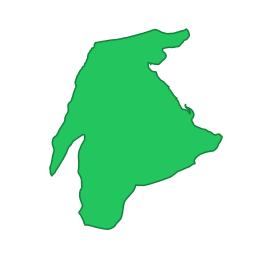 Poplaca, Sibiu, Romania (Natural Earth projection), rotated 343°
{"feature_id": "2599482B54964729595352", "entity_name": "Poplaca", "entity_type": "district", "adm_level": 2, "iso_a3": "ROU", "parent_name": "Romania", "parent_adm1": "Sibiu", "projection": "natural_earth1", "projection_center": [23.913, 45.648], "detail": "fine", "context": "isolated", "style": "filled", "palette": "green", "viewbox_px": 256, "rotation_deg": 343, "n_neighbors": 0, "source": "geoboundaries", "source_scale": "gbopen_adm2", "svg_char_len": 5743}
<svg xmlns="http://www.w3.org/2000/svg" viewBox="0 0 256 256"><g transform="rotate(343 128 128)"><path d="M58.7,208.4L60.0,208.6L61.1,209.0L65.5,211.5L67.1,212.7L71.6,215.3L75.5,217.4L78.8,218.8L79.6,219.0L82.1,219.1L84.5,218.7L85.8,218.3L87.1,217.5L88.3,216.5L89.5,215.7L91.5,214.6L93.6,213.3L94.8,212.4L95.7,211.3L96.7,209.5L98.1,207.3L98.9,205.3L101.3,200.3L103.2,197.4L105.1,195.8L107.3,194.4L114.8,189.7L115.2,189.4L118.0,186.1L118.3,185.3L119.1,184.7L119.8,185.0L120.1,185.4L120.6,185.8L123.6,186.6L126.5,187.6L131.8,187.9L143.4,187.8L153.0,187.3L155.2,187.0L161.0,184.9L162.2,184.3L163.7,184.0L167.0,183.8L172.5,183.1L175.0,183.0L178.5,181.9L180.2,181.6L181.6,181.6L181.7,181.3L181.8,180.4L181.7,179.1L181.9,178.4L182.3,177.8L183.7,176.6L185.3,175.7L186.8,175.0L189.5,174.3L193.9,173.9L197.2,174.0L198.9,174.2L200.5,174.4L202.0,174.7L203.1,174.8L204.1,174.6L206.7,173.3L207.5,172.7L208.7,171.4L209.8,170.0L210.6,169.3L211.3,168.8L212.8,167.5L214.3,165.7L215.2,164.4L215.4,163.8L215.3,163.4L214.9,162.9L214.7,162.7L214.3,162.2L214.0,161.8L214.0,161.1L213.8,160.8L213.3,160.4L211.7,160.2L210.6,160.1L209.6,160.1L209.0,160.0L208.5,159.7L208.0,159.1L207.4,158.2L206.5,156.9L205.8,156.1L204.3,155.1L203.0,153.8L202.5,153.1L201.5,152.0L201.0,151.7L200.6,151.5L199.9,151.3L199.3,151.0L197.9,150.0L196.0,148.3L194.7,147.4L193.6,146.4L192.4,145.1L191.9,144.4L191.7,143.3L191.6,141.7L191.1,140.0L191.3,139.1L191.7,138.2L192.4,137.4L193.2,137.0L194.4,135.5L195.1,133.8L194.8,130.9L194.1,129.2L193.6,128.5L192.2,126.9L191.2,126.1L190.2,125.3L189.9,124.8L189.6,124.2L189.5,123.5L189.9,122.7L189.8,122.4L189.6,122.5L189.5,122.8L189.2,123.5L189.2,124.5L189.3,125.1L189.6,125.7L191.6,128.3L192.0,129.8L192.1,130.5L191.8,131.7L191.6,132.3L191.3,132.4L191.0,132.3L190.8,132.2L190.8,131.9L191.0,131.7L191.0,131.3L190.9,130.7L190.7,129.9L189.5,128.4L188.8,127.8L187.5,126.9L185.6,126.0L185.2,125.4L185.1,125.2L184.9,124.2L184.7,123.5L184.5,122.4L183.9,120.5L183.9,119.7L183.9,118.1L183.6,116.3L183.1,115.4L182.9,114.8L182.5,114.4L183.4,113.7L182.5,112.8L181.5,110.7L180.5,107.8L180.3,106.7L179.8,105.2L178.5,101.9L178.5,101.3L179.1,100.7L177.5,98.2L175.5,94.2L174.9,93.7L174.0,92.4L173.2,91.8L171.5,87.5L171.2,86.2L171.2,83.4L171.3,82.9L170.9,82.5L169.0,81.6L168.5,81.3L168.1,81.1L166.9,79.9L166.2,78.3L165.8,77.6L165.4,76.1L165.7,73.4L165.9,72.8L166.2,72.0L166.5,71.6L167.0,71.5L167.7,71.9L168.0,72.9L168.4,73.8L169.2,73.1L172.2,74.7L175.4,76.0L176.0,76.1L180.9,73.6L183.2,72.7L184.9,71.3L185.2,70.9L185.4,70.4L185.6,70.0L185.6,69.5L185.6,68.7L185.2,67.3L184.9,66.8L184.0,65.6L183.6,65.1L183.6,64.5L183.9,62.9L184.2,62.5L185.6,62.3L187.0,62.3L189.8,62.7L191.6,63.1L192.4,63.4L194.1,64.0L195.6,64.2L197.8,64.4L199.0,64.6L199.6,64.8L200.3,64.7L201.2,64.6L202.4,63.7L204.5,62.6L205.9,61.7L206.6,61.1L207.6,60.5L208.6,60.5L209.4,60.5L210.4,60.2L211.2,59.7L212.2,58.9L213.3,58.0L213.7,57.6L213.9,56.8L214.0,54.9L214.0,53.9L214.0,53.3L213.8,52.7L213.7,52.4L212.9,50.8L212.8,50.5L210.5,51.0L208.8,51.0L206.3,50.8L205.4,50.9L204.6,50.9L203.7,50.8L202.6,50.8L202.0,50.8L200.8,50.8L200.2,50.9L198.9,50.7L195.2,49.8L193.6,49.5L192.3,48.9L191.0,48.2L190.2,47.6L188.7,46.8L188.0,46.2L186.5,44.5L185.7,43.9L185.2,43.4L184.3,42.7L182.8,41.8L179.5,41.6L177.4,41.8L172.1,41.8L169.7,41.9L168.4,41.7L164.9,41.7L162.8,41.6L161.4,41.6L159.6,41.5L157.7,41.4L152.4,41.2L151.1,40.8L148.7,40.8L142.7,40.1L137.0,38.9L134.8,38.6L131.9,38.3L129.9,37.9L123.3,37.2L122.6,37.0L122.0,36.9L121.6,37.0L121.1,37.4L120.6,37.9L120.2,38.8L119.2,40.8L118.7,41.1L118.1,41.3L117.7,41.1L117.0,41.1L116.6,41.2L116.2,41.9L115.8,42.5L115.4,42.6L114.6,42.9L114.2,43.2L114.1,43.7L113.7,44.1L111.7,45.5L111.3,46.2L110.4,47.8L110.3,48.7L109.8,49.3L109.1,50.3L108.5,50.8L107.6,52.0L107.2,52.8L106.8,53.0L106.0,53.4L105.3,54.0L104.6,55.5L104.1,55.9L102.4,56.4L101.2,57.7L100.3,58.3L99.9,58.7L99.1,59.1L97.8,60.3L97.5,60.6L97.0,61.3L95.4,62.7L94.6,63.5L93.9,64.4L92.4,66.5L91.6,67.6L90.9,68.8L90.6,70.4L90.6,71.6L90.7,72.0L90.7,72.5L90.9,72.8L90.0,73.9L87.4,77.1L86.5,78.2L85.8,79.2L84.2,82.1L83.3,82.9L83.1,83.3L81.9,85.2L81.2,85.7L80.1,86.4L79.3,86.7L79.0,86.9L78.0,87.7L77.6,88.2L77.1,89.0L77.0,89.4L76.9,90.6L76.5,92.2L75.9,93.9L75.7,94.5L75.3,95.1L74.7,95.8L74.0,96.4L73.0,97.2L72.2,98.0L71.7,98.6L70.9,99.7L70.4,100.7L70.0,101.9L69.6,102.7L68.6,103.9L67.2,105.1L66.3,105.8L63.8,108.0L62.7,108.9L62.1,109.4L59.6,112.1L58.4,113.3L57.7,114.0L57.0,114.5L56.1,114.8L54.7,115.3L53.9,115.7L53.4,116.1L52.8,117.0L52.3,117.9L51.4,119.8L51.0,121.4L51.0,123.5L51.0,126.2L51.0,127.3L50.9,127.6L50.2,128.9L47.6,133.1L46.8,134.7L45.4,137.4L45.1,138.1L43.7,140.4L41.8,143.0L41.6,143.6L41.4,145.5L41.1,146.5L40.8,147.5L40.6,149.1L40.7,149.8L41.2,151.4L41.7,151.2L42.7,150.5L43.7,149.9L44.8,149.5L45.5,148.7L46.5,147.7L47.2,147.1L48.7,145.9L53.2,141.9L55.5,139.8L56.4,139.1L57.6,138.1L58.4,137.1L62.3,133.2L63.0,132.1L64.9,129.7L65.6,129.1L66.5,128.4L68.3,127.6L68.8,127.2L69.4,126.6L70.7,125.5L71.7,124.7L72.7,124.3L75.2,123.4L81.4,121.5L83.0,121.2L84.0,121.4L84.1,121.9L84.2,123.0L84.1,123.7L83.8,124.8L83.4,125.6L83.2,126.1L82.9,126.7L82.2,127.5L81.5,128.0L80.8,128.6L78.6,130.7L76.8,132.9L74.8,135.3L73.8,137.0L73.3,138.1L72.6,140.0L71.9,142.0L71.5,144.2L70.8,146.9L70.2,149.0L69.6,150.5L69.2,151.8L68.5,153.1L68.1,154.1L67.7,154.8L67.5,155.7L67.5,156.3L67.5,156.9L68.2,159.5L68.5,163.1L67.9,166.1L67.4,167.3L67.3,168.2L67.0,169.3L66.8,170.2L66.7,171.0L66.3,171.7L64.9,172.9L63.9,174.1L63.0,175.8L61.9,178.8L61.8,179.7L61.6,181.4L61.7,185.5L61.8,188.6L61.7,189.2L61.4,189.6L60.3,191.0L59.6,191.7L58.5,192.7L57.0,193.8L56.5,194.3L56.4,194.7L56.4,195.1L56.5,195.7L57.1,196.9L57.4,197.8L57.6,199.6L57.7,200.0L58.2,202.9L58.3,204.9L58.3,206.6L58.7,208.4Z" fill="#22c55e" stroke="#15803d" stroke-width="1.5"/></g></svg>